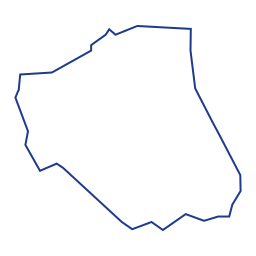 Mongmong-Toto-Maite, Guam (Robinson projection)
{"feature_id": "77769853B46824849398692", "entity_name": "Mongmong-Toto-Maite", "entity_type": "district", "adm_level": 2, "iso_a3": "GUM", "parent_name": "Guam", "parent_adm1": "", "projection": "robinson", "projection_center": [144.772, 13.471], "detail": "fine", "context": "isolated", "style": "outline", "palette": "blue", "viewbox_px": 256, "rotation_deg": 0, "n_neighbors": 0, "source": "geoboundaries", "source_scale": "gbopen_adm2", "svg_char_len": 506}
<svg xmlns="http://www.w3.org/2000/svg" viewBox="0 0 256 256"><path d="M190.8,28.9L137.2,26.0L115.5,34.7L109.2,29.3L105.7,34.7L95.9,41.7L91.2,45.1L91.1,50.6L51.9,72.5L20.2,74.5L18.7,90.1L18.1,91.1L15.4,97.6L28.0,131.3L25.4,144.9L40.0,170.8L56.7,163.6L63.1,167.9L121.8,222.0L132.2,229.2L151.5,222.0L162.9,230.0L185.7,214.1L204.0,220.8L218.3,216.5L229.2,216.5L232.3,204.7L240.6,191.0L240.3,175.1L220.3,136.7L212.2,121.5L195.2,88.4L190.5,50.6L190.8,28.9Z" fill="none" stroke="#1e3a8a" stroke-width="2"/></svg>